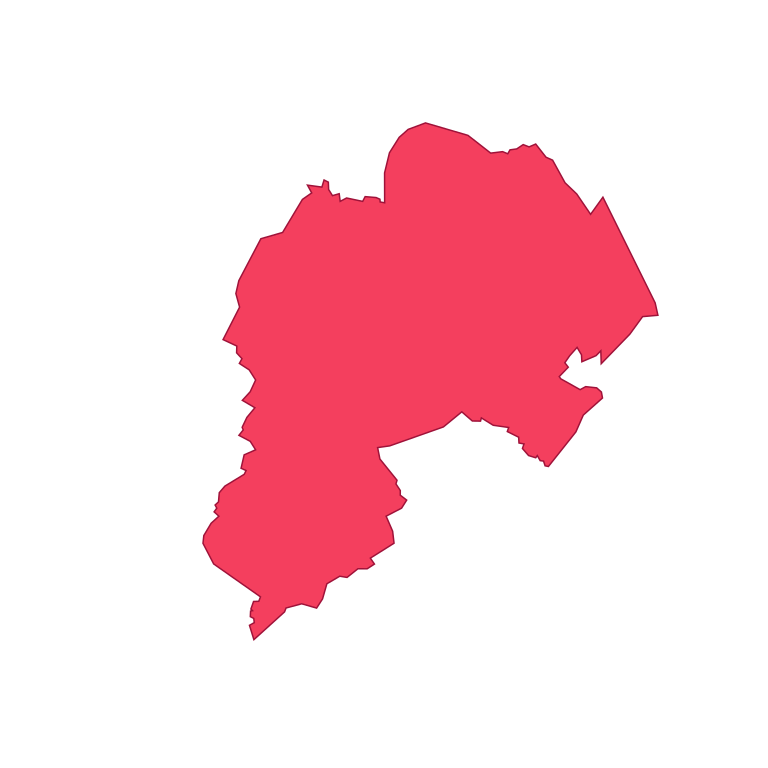 outline of Chamni, Buri Ram, Thailand, rotated 306°
{"feature_id": "78962969B38996553014175", "entity_name": "Chamni", "entity_type": "district", "adm_level": 2, "iso_a3": "THA", "parent_name": "Thailand", "parent_adm1": "Buri Ram", "projection": "albers", "projection_center": [102.795, 14.787], "detail": "medium", "context": "isolated", "style": "filled", "palette": "rose", "viewbox_px": 768, "rotation_deg": 306, "n_neighbors": 0, "source": "geoboundaries", "source_scale": "gbopen_adm2", "svg_char_len": 1971}
<svg xmlns="http://www.w3.org/2000/svg" viewBox="0 0 768 768"><g transform="rotate(306 384 384)"><path d="M619.6,264.1L604.2,253.9L592.5,251.3L574.3,252.5L555.1,260.4L531.0,278.0L529.0,273.9L531.1,272.1L530.2,268.0L524.5,258.6L519.2,259.4L512.5,244.4L506.0,241.2L511.6,235.9L506.1,231.6L508.8,224.9L514.6,220.3L513.8,215.6L506.8,218.0L499.9,205.2L496.1,213.2L485.4,209.5L447.0,212.9L429.2,199.0L382.3,205.8L370.1,211.0L361.3,222.0L325.3,227.7L328.2,242.6L322.6,246.4L321.0,254.2L315.6,254.9L316.2,266.6L311.8,277.8L299.1,280.3L287.5,279.0L288.9,293.5L276.4,292.7L265.6,294.7L264.1,297.1L257.2,296.8L259.0,309.5L255.3,318.8L244.5,312.5L231.8,317.9L232.9,323.3L228.8,324.0L207.9,315.3L199.3,314.6L191.3,319.4L186.8,318.5L185.3,321.7L180.7,321.7L180.0,328.1L169.7,326.0L155.5,327.3L148.7,331.2L138.3,352.0L139.2,409.2L134.6,410.4L131.4,406.3L123.7,408.6L123.3,410.8L121.9,409.5L117.2,412.6L117.8,416.4L114.7,419.3L109.7,417.0L100.7,429.0L141.2,437.5L145.2,436.4L157.8,446.6L163.1,461.2L174.0,460.6L188.8,455.2L202.5,461.2L205.8,467.8L219.2,471.5L224.6,479.0L232.7,482.1L235.1,475.3L261.1,485.7L270.0,477.5L278.3,463.4L293.9,471.2L303.4,470.6L303.6,462.5L307.4,459.8L310.2,452.4L313.8,451.1L320.9,424.8L328.8,416.2L337.3,425.0L384.2,457.3L407.2,463.3L406.0,477.2L410.7,483.9L413.8,482.7L414.8,496.6L422.1,510.4L418.0,511.7L420.1,524.2L415.6,527.9L417.8,532.5L413.2,533.9L411.1,543.0L413.5,550.1L416.2,550.1L413.8,555.4L415.4,558.4L412.5,562.4L413.9,565.5L458.0,567.4L476.0,563.5L501.1,569.0L505.3,564.6L505.9,558.3L500.4,548.7L494.7,546.0L492.1,524.0L493.0,521.4L505.9,523.2L507.5,517.8L516.0,517.6L527.1,518.7L523.7,526.6L518.3,531.0L531.6,538.9L538.3,539.9L528.1,547.8L568.9,553.6L590.5,553.6L600.6,565.2L609.0,555.7L663.8,451.3L642.7,451.4L651.0,428.3L653.2,412.2L664.2,388.8L662.7,381.8L667.3,365.7L661.1,362.0L659.5,355.9L652.2,353.2L647.5,348.3L643.0,348.8L641.7,343.4L633.5,334.6L634.5,305.8L619.6,264.1Z" fill="#f43f5e" stroke="#9f1239" stroke-width="1.5"/></g></svg>